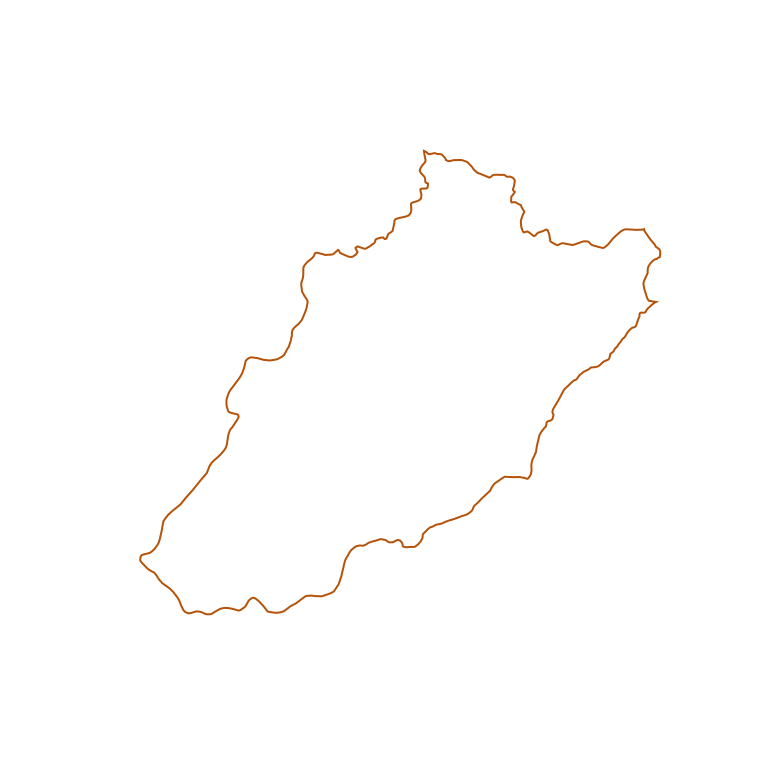 Tua Chua, Điện Biên, Vietnam (Equal Earth projection), rotated 233°
{"feature_id": "81297802B50800303075237", "entity_name": "Tua Chua", "entity_type": "district", "adm_level": 2, "iso_a3": "VNM", "parent_name": "Vietnam", "parent_adm1": "Điện Biên", "projection": "equal_earth", "projection_center": [103.373, 21.971], "detail": "fine", "context": "isolated", "style": "outline", "palette": "amber", "viewbox_px": 768, "rotation_deg": 233, "n_neighbors": 0, "source": "geoboundaries", "source_scale": "gbopen_adm2", "svg_char_len": 6138}
<svg xmlns="http://www.w3.org/2000/svg" viewBox="0 0 768 768"><g transform="rotate(233 384 384)"><path d="M285.8,650.6L291.1,645.6L292.3,645.6L294.3,645.9L303.1,649.0L308.0,651.5L309.7,653.5L313.8,661.1L317.6,664.3L318.8,666.1L319.9,669.0L320.6,672.5L320.6,674.4L320.2,676.2L319.7,677.1L319.9,678.8L319.3,680.6L321.9,683.1L323.9,684.5L326.0,685.0L330.1,683.7L332.5,684.1L339.5,683.7L349.3,684.1L351.2,684.9L351.4,684.0L352.2,682.6L355.6,677.9L361.8,670.5L362.7,669.0L363.2,666.8L363.3,664.4L362.9,658.5L362.4,654.4L360.7,647.5L360.4,644.4L360.5,641.5L360.8,640.8L363.7,638.3L369.5,633.9L370.8,633.4L374.2,633.0L375.2,632.5L377.4,629.9L378.1,628.7L380.9,619.7L381.6,618.1L388.6,611.8L389.4,610.5L389.7,609.6L390.2,606.7L390.6,606.1L392.1,605.0L397.3,602.8L398.3,602.9L403.4,605.7L407.8,607.2L409.0,607.1L409.7,606.4L410.0,605.5L410.5,602.8L412.1,598.1L412.0,596.4L411.6,594.6L411.7,593.1L412.1,592.6L417.8,591.1L419.5,590.3L421.0,586.8L422.4,586.8L426.1,587.8L429.7,589.9L432.3,591.8L435.4,596.5L437.2,599.8L442.6,600.3L444.2,601.0L450.4,598.1L452.2,595.2L453.0,595.2L456.9,598.3L457.9,602.1L458.7,604.1L460.3,603.7L461.2,603.8L462.1,604.4L463.7,606.8L467.9,611.1L471.0,611.1L473.8,609.5L475.1,607.4L475.9,606.7L477.9,606.2L478.8,605.6L479.8,604.5L480.6,603.2L482.6,600.9L484.8,597.8L485.2,596.5L485.2,594.0L485.4,592.4L497.0,585.5L501.0,584.8L505.0,584.9L510.3,584.3L512.2,583.5L515.9,581.0L517.5,579.1L521.0,574.1L522.5,570.4L523.2,569.6L525.3,568.3L527.5,568.8L529.7,568.6L532.1,568.3L533.8,567.3L535.7,564.9L537.8,563.6L540.0,559.0L540.8,558.0L544.2,557.2L546.1,556.2L543.4,554.6L538.1,552.1L536.5,550.6L535.5,545.9L535.0,544.6L534.2,542.7L532.8,540.9L530.6,540.4L525.3,541.0L523.3,540.4L520.5,538.6L519.3,538.7L517.6,539.8L514.7,537.1L514.6,535.6L517.3,531.7L517.6,530.8L517.5,530.1L516.5,529.5L512.4,527.7L509.9,525.2L509.6,523.0L510.1,520.3L511.4,517.1L511.9,515.1L511.8,514.3L511.4,513.8L506.7,510.7L504.7,508.4L504.0,506.8L503.9,504.5L504.1,503.8L505.1,501.0L507.5,496.0L508.7,492.6L508.6,491.6L508.1,490.6L506.7,489.5L501.1,483.0L501.0,481.4L501.3,477.8L498.7,473.4L498.8,472.5L499.6,471.7L501.4,471.6L501.9,470.9L503.0,469.2L504.4,465.2L504.2,463.9L502.9,462.2L502.4,460.8L502.6,454.6L503.1,451.0L503.6,449.9L509.4,446.0L509.9,445.3L509.9,443.2L509.2,442.8L505.3,442.3L504.3,439.5L504.5,435.6L505.3,434.1L507.2,432.2L513.7,428.5L515.1,427.8L518.1,428.3L518.7,428.1L518.3,421.5L518.9,420.0L522.6,414.5L524.1,413.6L529.0,409.6L529.7,408.8L529.9,407.9L529.8,407.4L528.5,405.1L528.0,403.5L527.7,400.9L527.6,396.3L526.6,391.7L525.2,389.4L519.1,384.7L517.0,382.4L514.5,378.8L512.3,377.1L507.2,374.2L501.7,373.4L497.5,373.2L495.3,372.3L493.4,370.2L491.3,367.9L489.5,365.3L484.9,357.6L484.2,355.4L483.4,352.0L483.1,347.0L482.3,343.6L480.8,341.7L477.5,339.0L476.7,337.7L475.2,336.3L471.0,330.3L470.1,327.8L467.4,322.0L467.2,319.4L467.6,315.8L468.1,313.6L469.3,310.9L471.5,307.0L475.6,302.5L480.6,298.7L484.7,294.6L485.7,293.0L486.0,291.4L486.1,290.3L485.9,288.2L485.7,287.5L481.0,281.9L477.9,277.1L475.9,272.5L471.5,257.3L470.3,254.6L467.5,250.4L465.8,248.4L463.1,246.3L460.9,245.0L456.5,243.3L455.3,243.4L453.9,243.8L447.8,248.7L446.9,248.9L445.3,248.2L444.3,246.7L440.7,236.6L440.3,234.4L439.6,232.8L438.1,230.4L436.6,228.6L430.0,221.8L428.2,219.0L427.3,216.6L426.4,212.7L425.7,208.1L425.2,201.4L424.7,198.7L423.7,195.7L419.6,189.0L418.6,185.0L417.7,180.5L414.5,167.8L412.6,158.2L410.3,148.9L410.0,138.9L409.4,132.8L408.4,129.0L407.3,125.6L406.6,124.6L400.4,117.9L394.8,111.3L393.0,108.8L391.8,106.2L390.4,101.7L390.0,98.7L390.0,96.2L390.4,94.4L392.7,89.0L393.1,87.7L393.0,86.8L392.1,85.1L389.8,83.1L387.1,83.0L378.4,84.1L374.9,85.4L371.6,87.0L367.9,87.1L363.3,86.7L358.3,87.1L349.6,89.8L345.1,90.5L338.3,90.6L334.9,90.3L329.0,88.6L324.0,87.7L321.6,88.0L318.7,89.6L318.0,90.5L317.1,92.4L315.7,96.6L314.9,97.7L313.1,99.8L311.4,101.1L308.6,102.5L306.7,103.9L304.4,107.1L304.1,108.8L303.8,112.6L303.1,117.4L302.5,119.3L301.0,122.1L298.8,124.8L295.7,127.6L290.6,131.5L290.1,132.6L289.8,133.7L289.7,138.6L290.1,140.3L292.2,145.0L292.6,146.6L292.6,149.1L292.4,150.2L291.9,151.0L291.0,151.8L289.8,152.3L286.2,153.3L279.0,154.1L272.8,154.1L272.1,154.3L270.0,156.2L266.3,159.9L263.9,163.9L263.0,166.5L262.7,168.7L262.8,175.5L261.8,181.8L261.8,192.5L261.6,193.9L261.1,195.1L258.6,198.8L256.1,201.3L251.8,206.7L249.2,214.8L248.8,216.8L248.5,218.4L248.6,219.4L251.3,227.1L255.7,233.7L265.8,245.8L267.2,248.0L268.4,251.2L270.2,255.0L270.9,257.2L271.2,258.8L271.3,262.4L271.1,264.0L270.7,265.2L269.6,267.5L267.4,270.0L266.6,273.0L266.5,275.6L266.1,277.3L264.6,281.6L263.7,283.4L262.5,287.2L261.5,288.7L258.9,291.0L257.8,291.6L255.8,292.1L254.1,293.2L252.3,295.9L251.5,300.2L251.2,301.1L250.7,301.6L249.3,302.6L248.2,302.8L246.0,302.8L243.4,301.6L242.7,301.6L241.6,302.1L239.5,304.5L238.2,306.9L236.0,309.6L235.4,311.0L235.4,314.5L236.1,318.3L237.9,322.1L240.3,324.3L240.7,324.9L241.7,331.8L241.7,334.6L241.0,336.5L240.2,341.0L237.8,346.1L237.1,349.6L236.0,353.3L233.9,359.0L231.8,366.3L230.6,369.5L229.8,372.5L229.8,377.4L230.6,379.7L232.1,381.9L232.4,382.8L232.7,387.2L233.7,392.9L234.9,404.5L236.6,407.9L237.6,410.9L238.0,412.8L237.4,424.3L237.2,424.7L232.5,430.3L228.0,436.4L224.0,440.1L222.5,440.9L222.0,441.6L221.9,442.6L222.6,445.0L223.4,446.7L225.2,448.9L227.3,450.7L229.7,452.2L232.0,454.2L234.2,457.0L237.7,463.6L238.6,464.8L242.7,469.0L249.6,477.4L251.0,480.5L252.3,485.3L252.8,488.0L255.5,490.9L255.6,492.5L254.5,495.4L254.6,497.3L257.2,500.7L259.8,501.4L261.0,502.3L262.1,503.9L262.6,504.9L265.7,512.7L271.2,524.6L272.5,536.2L272.5,537.5L271.9,540.5L272.1,541.4L273.4,545.2L273.6,550.7L272.5,556.4L272.6,559.4L270.1,563.2L269.2,566.2L269.2,568.3L269.6,570.6L269.7,572.9L268.5,578.0L268.6,578.8L269.4,580.0L271.8,583.0L271.8,586.2L272.1,587.6L273.2,589.5L273.6,593.0L274.5,594.8L275.1,597.7L276.5,601.7L276.5,603.8L276.8,605.1L278.8,609.8L279.4,613.0L279.6,615.4L279.5,616.1L278.6,618.6L278.6,619.7L279.0,620.6L282.5,625.6L284.1,628.6L286.3,630.4L286.5,631.0L286.4,632.2L284.9,633.9L284.4,634.8L284.1,635.8L284.2,636.5L285.2,638.7L285.6,640.4L286.1,645.8L286.0,649.7L285.8,650.6Z" fill="none" stroke="#b45309" stroke-width="2"/></g></svg>